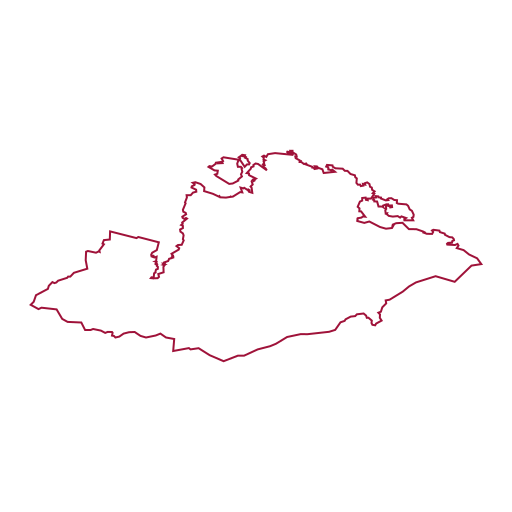 outline of Sandnes nor, Rogaland, Norway
{"feature_id": "86288312B92458440996482", "entity_name": "Sandnes nor", "entity_type": "district", "adm_level": 2, "iso_a3": "NOR", "parent_name": "Norway", "parent_adm1": "Rogaland", "projection": "equal_earth", "projection_center": [5.858, 58.872], "detail": "fine", "context": "isolated", "style": "outline", "palette": "rose", "viewbox_px": 512, "rotation_deg": 0, "n_neighbors": 0, "source": "geoboundaries", "source_scale": "gbopen_adm2", "svg_char_len": 6087}
<svg xmlns="http://www.w3.org/2000/svg" viewBox="0 0 512 512"><path d="M481.3,264.1L477.1,258.3L469.1,254.5L463.6,250.1L456.8,248.1L458.5,245.6L457.5,243.9L455.0,245.0L447.3,244.6L447.0,243.8L448.0,242.9L452.0,242.6L452.3,241.0L454.0,240.3L453.8,239.1L452.3,237.4L449.4,237.1L445.0,234.8L444.7,233.6L439.9,232.1L439.4,230.6L433.3,229.8L432.0,230.5L433.2,231.9L432.1,233.9L426.8,233.8L423.8,232.7L424.4,232.2L423.1,231.5L416.4,229.2L408.9,229.1L402.5,222.8L396.2,223.2L392.8,224.6L392.5,225.7L393.3,225.7L392.0,228.0L386.0,228.7L380.0,227.0L369.3,221.5L364.3,222.9L356.5,220.8L357.5,220.6L357.6,220.4L357.5,218.9L358.5,219.0L357.6,218.8L357.8,218.2L361.5,217.6L362.8,216.5L365.2,216.7L361.1,211.4L359.3,211.3L359.5,208.4L357.7,206.8L359.9,201.6L362.2,200.6L362.2,198.0L365.6,197.6L365.9,199.8L367.7,200.2L367.5,198.6L371.0,198.6L374.3,193.7L372.8,193.2L374.6,191.4L372.1,189.8L371.8,187.6L370.0,186.7L369.5,184.1L367.2,182.4L364.8,183.2L365.2,184.6L363.0,184.0L363.4,185.6L360.8,186.1L360.1,184.6L357.9,184.7L356.4,182.9L356.8,178.4L355.3,177.3L354.9,175.3L350.5,174.0L347.5,170.9L344.8,170.8L342.7,168.7L335.4,168.3L332.8,166.8L332.5,165.4L327.0,164.9L326.2,166.6L328.2,167.2L328.4,169.1L327.6,169.7L329.0,169.4L331.2,170.4L332.2,169.6L335.0,171.8L323.7,173.0L322.4,169.3L318.2,167.8L316.9,166.4L315.1,166.3L316.8,168.6L314.5,169.0L313.7,167.7L312.3,167.6L312.3,166.8L305.7,164.4L306.6,164.1L306.2,163.5L303.9,164.0L301.3,162.0L300.0,162.0L300.5,161.1L299.6,161.1L299.6,160.3L295.7,158.2L295.3,156.5L296.7,156.5L296.2,154.5L292.5,152.2L292.5,150.8L290.3,150.8L291.2,153.3L293.5,154.9L291.0,154.0L289.3,152.1L286.6,151.5L290.2,154.6L275.1,153.1L267.9,154.2L266.3,156.9L264.0,155.6L262.4,156.5L263.8,157.7L263.5,159.5L265.3,160.3L263.6,161.3L264.1,162.9L263.3,164.0L264.2,164.0L264.7,165.3L262.3,166.4L265.5,168.3L266.8,170.3L258.1,164.0L255.6,163.5L253.4,165.0L253.5,166.4L251.1,167.3L250.8,168.7L246.8,173.1L249.0,173.5L249.1,175.2L256.0,178.6L254.7,179.4L254.6,180.5L253.9,180.9L253.8,179.6L252.9,179.6L251.6,181.3L252.7,184.5L250.6,186.5L251.6,187.7L252.3,192.8L249.0,191.8L248.3,190.6L249.3,190.1L248.2,189.4L247.3,189.8L244.2,187.8L243.4,188.4L240.6,187.6L242.3,192.4L240.1,192.1L232.9,196.6L230.6,196.9L231.1,195.9L230.3,196.9L226.0,197.6L220.1,197.3L219.4,196.1L218.8,196.6L212.9,193.8L204.1,191.1L204.4,187.4L200.6,184.0L195.3,182.2L192.8,182.8L194.7,184.2L194.5,185.0L191.8,186.3L191.5,187.5L196.1,189.7L196.3,191.7L193.0,192.6L190.7,195.2L186.6,195.2L186.9,197.5L185.0,202.5L185.6,203.3L182.9,209.8L183.3,211.7L185.7,212.9L186.1,214.3L182.3,216.7L182.6,217.8L184.3,218.9L186.0,218.0L187.0,218.6L182.2,222.5L182.7,223.7L181.2,225.0L183.5,226.0L182.9,226.0L182.9,228.1L180.1,229.5L180.4,231.6L182.9,233.4L183.6,235.3L182.9,239.2L183.7,240.4L181.7,244.8L178.0,245.0L176.5,246.1L179.2,248.2L178.7,249.6L171.5,253.8L172.9,255.9L172.1,256.1L171.6,256.8L173.1,256.0L173.3,257.5L171.8,258.0L171.6,257.2L171.4,258.2L169.1,258.8L168.2,261.0L163.9,262.5L163.6,263.2L165.2,262.5L164.4,263.6L165.2,263.6L163.5,263.6L164.1,264.1L163.6,264.4L164.4,264.2L164.9,264.4L163.5,264.9L164.6,265.2L163.7,266.4L162.8,266.3L163.4,266.6L163.6,272.3L158.3,274.0L159.0,276.9L157.6,278.2L153.1,278.3L152.6,279.1L152.9,278.3L150.9,278.1L151.5,277.3L153.7,277.4L154.1,273.3L156.3,272.1L155.3,272.3L156.0,269.6L157.8,268.9L157.9,266.9L156.9,266.0L157.2,264.9L156.0,264.4L156.5,263.7L155.7,263.5L156.6,262.0L155.2,261.5L156.1,261.2L156.6,256.7L154.4,257.5L153.1,257.0L154.0,256.7L153.1,255.0L153.8,256.6L153.0,256.9L151.7,255.5L152.6,255.1L151.4,255.5L151.2,254.7L152.2,252.7L156.8,250.1L158.8,242.3L138.3,237.0L136.5,238.1L110.1,231.4L109.8,239.5L103.9,240.1L102.5,243.6L103.9,244.3L99.3,250.4L99.6,251.8L98.7,251.4L96.0,252.7L87.9,251.0L86.1,251.7L85.7,260.2L87.3,268.7L73.9,272.8L70.3,276.6L68.1,276.6L67.2,277.8L58.1,280.7L56.3,282.5L54.4,283.1L52.4,282.1L48.8,285.8L47.9,288.9L36.0,295.2L33.7,301.8L30.7,304.8L38.5,309.1L41.5,307.7L56.6,309.4L62.2,318.9L67.6,321.9L81.3,322.5L85.1,330.0L90.6,330.0L93.1,329.0L100.9,330.6L105.2,332.9L107.7,331.9L112.0,332.0L112.6,332.8L112.0,335.6L114.0,336.0L115.4,337.5L119.3,336.6L123.6,333.6L129.1,332.2L134.7,332.0L140.5,335.9L146.0,337.5L155.7,335.5L160.4,333.6L166.0,337.5L174.2,339.0L173.2,351.0L188.9,348.1L190.5,349.4L198.6,348.2L209.7,355.2L223.6,361.2L237.8,355.7L244.0,355.7L257.7,349.4L270.1,346.2L275.9,343.8L287.1,337.0L300.8,334.1L307.4,334.2L329.1,331.8L335.2,329.9L340.5,322.3L344.6,320.9L345.6,319.3L350.7,316.6L355.2,316.1L356.9,314.3L363.6,313.5L366.1,315.6L366.8,317.8L368.4,317.7L371.8,320.6L371.5,323.0L372.4,324.8L375.2,325.3L376.1,323.6L381.6,320.6L379.8,317.8L380.0,314.4L378.4,312.7L380.9,311.7L382.3,307.3L386.2,303.4L385.7,300.4L389.6,299.7L402.8,291.6L409.1,286.4L416.0,282.4L435.6,276.2L454.7,281.8L471.5,265.6L481.3,264.1ZM244.9,155.2L242.2,154.8L241.6,155.3L242.5,156.1L241.0,155.8L238.8,157.3L240.1,158.2L239.2,159.8L223.5,157.3L221.6,158.5L223.1,161.1L222.0,162.1L222.5,163.1L218.5,163.3L219.4,162.2L215.9,162.7L215.4,164.0L212.0,166.5L209.4,166.1L208.5,166.9L214.5,170.4L217.8,170.7L217.3,173.8L215.0,174.6L216.3,176.0L229.2,183.9L232.7,183.5L238.3,180.6L238.2,179.5L241.9,176.5L241.0,174.3L242.3,171.7L241.5,168.7L242.1,168.1L240.9,166.8L237.9,166.8L237.2,163.7L238.1,161.1L239.9,159.7L244.7,166.8L247.0,164.4L249.1,164.4L249.7,163.1L247.7,160.6L247.6,159.0L245.2,157.8L245.9,157.0L244.5,155.9L244.9,155.2ZM378.5,197.3L378.3,196.4L375.6,196.1L376.0,197.5L373.7,197.7L373.1,199.7L374.2,200.0L374.3,201.4L377.1,201.5L378.5,206.5L383.1,206.6L383.1,205.6L386.4,204.3L388.2,204.3L388.6,205.6L391.9,205.4L392.1,207.1L390.3,207.4L390.2,206.6L386.8,205.4L386.0,206.2L386.1,208.5L385.2,208.5L386.1,209.1L385.3,210.4L385.7,213.6L387.1,213.3L386.8,214.2L388.8,215.9L392.8,216.6L397.7,216.1L400.1,217.6L401.4,216.4L406.0,218.0L404.3,219.1L404.4,220.3L413.2,220.3L411.9,217.8L413.4,216.9L413.7,214.7L411.9,210.8L409.7,209.4L408.1,205.8L406.4,204.4L398.2,203.7L396.8,203.0L397.0,200.2L394.3,200.0L391.4,198.2L388.7,198.3L387.4,199.2L388.1,200.1L385.8,200.4L380.9,198.5L381.0,197.6L378.5,197.3Z" fill="none" stroke="#9f1239" stroke-width="2"/></svg>